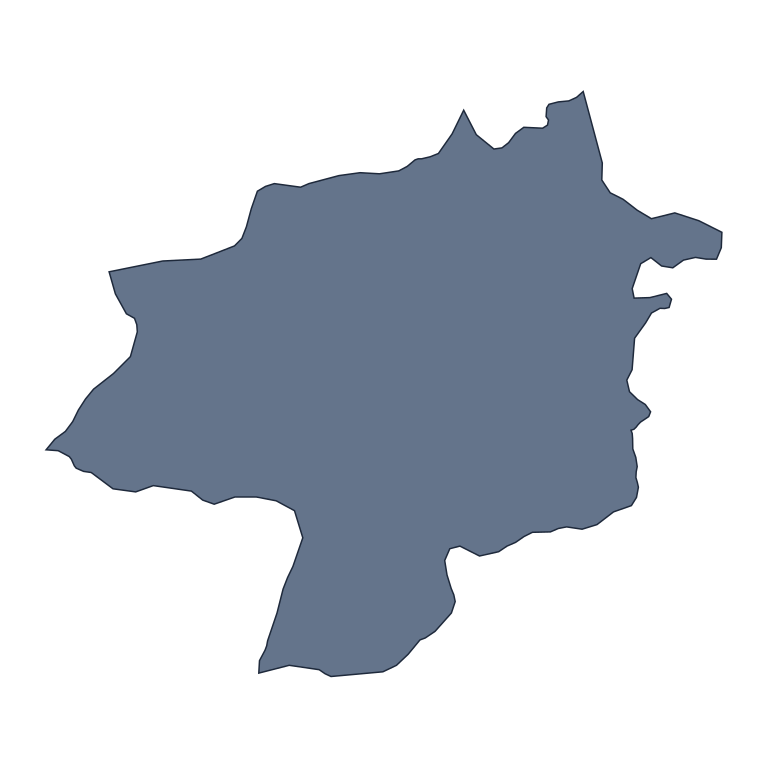 outline of Sivas
{"feature_id": "TUR-2295", "entity_name": "Sivas", "entity_type": "Province", "adm_level": 1, "iso_a3": "TUR", "parent_name": "Turkey", "parent_adm1": "", "projection": "equal_earth", "projection_center": [37.51, 39.556], "detail": "fine", "context": "isolated", "style": "filled", "palette": "slate", "viewbox_px": 768, "rotation_deg": 0, "n_neighbors": 0, "source": "natural_earth", "source_scale": "10m", "svg_char_len": 2084}
<svg xmlns="http://www.w3.org/2000/svg" viewBox="0 0 768 768"><path d="M542.6,128.2L547.5,125.1L548.5,120.0L546.1,116.7L546.7,107.9L549.0,104.3L558.3,101.9L568.8,100.9L576.5,97.4L583.2,91.5L602.3,163.0L601.8,180.0L610.2,192.8L623.1,199.3L637.2,210.2L651.4,218.7L674.8,212.9L698.8,220.7L721.9,232.3L721.3,247.7L716.5,259.2L706.0,259.1L695.5,257.4L683.5,260.1L672.8,267.8L661.6,266.0L650.9,257.6L640.7,263.7L632.2,288.6L634.1,298.1L649.9,297.6L666.7,293.4L671.5,299.2L669.1,307.5L664.7,308.5L660.0,308.3L651.5,313.0L645.6,322.9L634.6,338.2L632.1,369.7L626.8,380.1L629.5,391.7L637.6,399.6L645.3,404.5L650.6,411.8L648.7,416.6L640.5,422.1L638.1,424.6L636.1,427.2L633.9,429.3L631.0,430.2L632.2,433.4L632.6,438.6L632.8,448.9L635.8,457.4L637.2,466.6L636.2,471.8L635.9,477.6L637.3,482.3L638.4,487.2L636.5,497.4L631.4,505.6L613.5,511.9L597.0,524.6L582.1,529.2L566.6,526.9L558.3,528.5L550.4,531.9L532.4,532.3L523.9,536.6L515.7,542.3L507.0,546.1L498.7,551.7L479.5,556.0L459.9,546.1L449.8,548.7L444.7,560.5L447.0,574.9L451.2,588.5L453.8,594.8L455.2,601.6L451.4,613.0L435.1,631.3L425.2,638.0L420.0,639.9L408.2,654.2L396.5,665.3L382.9,671.8L331.0,676.5L325.0,673.7L319.2,669.7L289.2,665.3L258.8,673.1L259.5,660.6L265.0,650.3L266.7,645.8L267.6,640.8L277.0,613.1L283.1,589.0L287.6,577.5L292.9,566.5L302.8,537.8L294.5,510.7L276.2,500.8L256.4,497.0L234.9,497.0L214.2,504.2L202.7,500.1L191.4,491.1L153.3,485.6L135.7,491.9L113.0,488.8L91.2,472.5L83.6,471.4L76.2,468.2L74.3,465.8L71.4,459.3L69.3,456.6L58.2,450.7L46.1,449.8L54.8,439.2L65.4,431.4L72.7,421.6L78.4,410.0L85.5,399.0L93.6,389.1L113.5,373.5L130.4,356.6L137.3,331.9L136.8,324.7L134.5,318.3L126.4,313.8L115.4,293.9L109.1,271.8L162.7,261.0L200.7,259.1L234.5,245.9L241.9,238.4L246.4,226.8L251.3,208.7L257.4,191.2L265.5,186.4L274.3,183.6L300.6,187.2L308.9,183.6L338.9,175.6L360.1,172.7L379.5,173.8L398.7,170.9L407.2,166.4L415.0,159.9L418.2,158.8L421.6,158.8L430.1,156.8L438.4,153.5L452.1,133.9L463.7,110.2L476.3,134.7L493.9,149.0L501.9,147.9L508.6,142.7L515.5,133.4L523.8,127.3L542.6,128.2Z" fill="#64748b" stroke="#1e293b" stroke-width="1.5"/></svg>